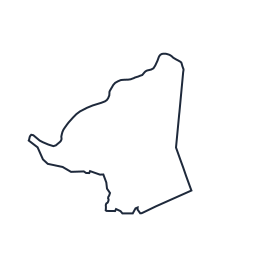 Avelino Lopes, Piauí, Brazil, rotated 206°
{"feature_id": "56859067B19976074520340", "entity_name": "Avelino Lopes", "entity_type": "district", "adm_level": 2, "iso_a3": "BRA", "parent_name": "Brazil", "parent_adm1": "Piauí", "projection": "mercator", "projection_center": [-43.895, -10.208], "detail": "fine", "context": "isolated", "style": "outline", "palette": "slate", "viewbox_px": 256, "rotation_deg": 206, "n_neighbors": 0, "source": "geoboundaries", "source_scale": "gbopen_adm2", "svg_char_len": 1702}
<svg xmlns="http://www.w3.org/2000/svg" viewBox="0 0 256 256"><g transform="rotate(206 128 128)"><path d="M211.7,73.2L200.8,71.0L190.7,62.5L184.4,60.6L169.7,64.3L160.0,63.6L153.0,67.3L148.7,69.6L146.0,69.2L143.1,70.5L143.2,72.6L132.8,73.8L129.8,75.4L123.6,69.5L120.3,64.3L115.7,61.7L115.5,60.2L115.3,58.9L115.5,57.5L115.1,56.1L114.2,55.4L113.8,54.4L113.6,53.2L113.6,52.0L114.4,50.6L114.2,49.0L113.2,47.3L112.4,45.5L111.9,44.2L110.8,44.1L103.2,47.7L103.2,49.9L98.3,50.0L95.6,48.8L86.3,53.3L86.0,59.1L84.5,60.8L83.7,58.9L79.6,56.7L78.4,57.4L77.0,59.1L68.5,69.9L51.9,89.7L43.6,99.6L46.0,101.9L54.7,110.3L61.1,116.7L66.6,122.0L76.3,131.5L88.1,163.0L88.7,164.7L102.9,202.4L103.4,204.1L103.9,205.2L104.7,205.9L106.4,207.6L107.9,209.3L108.8,210.2L110.0,210.5L111.4,210.6L113.0,210.7L114.5,210.7L118.1,211.0L120.4,211.7L122.1,211.9L123.2,211.9L124.6,211.7L125.7,211.5L126.9,211.2L128.1,210.6L129.2,210.0L130.1,209.3L131.0,208.0L131.4,206.3L131.4,205.1L131.0,201.4L130.9,196.1L131.3,192.8L132.8,190.7L136.1,188.0L137.1,186.6L137.6,185.2L138.4,181.9L140.2,180.1L141.4,178.7L142.5,177.7L143.9,176.4L144.6,175.4L145.9,174.1L146.9,173.0L149.1,171.5L152.2,169.9L154.6,168.5L155.6,167.8L157.5,165.6L159.3,163.0L160.1,160.3L160.6,153.5L160.5,152.3L159.8,150.8L159.1,149.1L158.9,146.0L159.3,143.8L160.4,141.8L163.1,138.9L169.6,132.8L173.7,128.2L178.4,121.9L180.5,117.8L182.0,113.3L183.8,107.0L184.4,104.1L184.6,102.7L184.9,101.1L185.3,98.3L185.2,95.7L184.8,93.6L184.2,91.1L182.9,89.0L182.7,87.7L182.8,86.4L183.3,85.1L184.3,82.9L185.2,80.8L187.1,79.0L191.0,78.4L192.5,78.2L198.3,77.9L201.9,78.0L209.9,80.0L212.0,79.5L212.4,78.1L212.4,76.7L211.8,74.3L211.7,73.2Z" fill="none" stroke="#1e293b" stroke-width="2"/></g></svg>